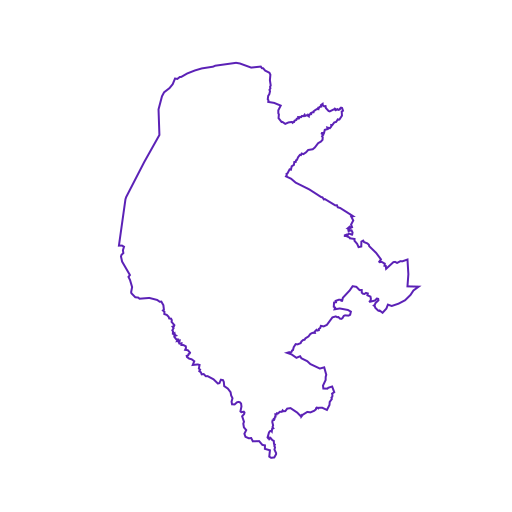 the district of Xuan Loc, Đồng Nai, Vietnam, rotated 208°
{"feature_id": "81297802B96051805348654", "entity_name": "Xuan Loc", "entity_type": "district", "adm_level": 2, "iso_a3": "VNM", "parent_name": "Vietnam", "parent_adm1": "Đồng Nai", "projection": "robinson", "projection_center": [107.38, 10.927], "detail": "fine", "context": "isolated", "style": "outline", "palette": "violet", "viewbox_px": 512, "rotation_deg": 208, "n_neighbors": 0, "source": "geoboundaries", "source_scale": "gbopen_adm2", "svg_char_len": 6143}
<svg xmlns="http://www.w3.org/2000/svg" viewBox="0 0 512 512"><g transform="rotate(208 256 256)"><path d="M249.5,427.1L250.6,426.9L251.1,425.5L250.8,424.9L251.6,423.8L253.0,423.9L253.3,423.0L255.1,423.1L254.7,422.2L255.9,422.3L258.8,418.3L260.0,418.1L263.7,419.4L265.0,421.0L266.0,420.2L267.7,420.3L268.6,421.6L269.5,419.7L268.6,418.5L269.7,417.7L269.9,416.3L270.6,416.2L270.7,415.3L270.1,414.8L271.3,414.2L272.3,412.4L273.1,410.6L272.7,409.9L273.9,409.0L274.5,408.0L274.2,407.5L274.8,407.5L275.0,405.0L275.7,405.1L275.1,404.1L277.1,404.3L278.4,402.7L279.4,403.5L279.7,401.8L281.2,401.2L281.3,399.9L282.3,399.6L282.6,398.2L283.3,398.8L284.0,398.5L283.3,397.2L284.5,396.3L284.3,395.0L285.5,393.6L285.3,392.2L286.1,391.7L286.2,390.8L287.4,391.1L290.0,389.2L292.2,386.4L295.6,386.8L296.3,386.3L300.8,388.3L302.3,391.8L303.3,392.5L304.7,395.1L304.8,400.4L311.9,399.7L317.5,397.8L318.1,399.3L319.2,399.9L320.4,403.1L320.2,405.1L321.0,408.1L322.1,409.0L322.0,410.8L323.0,411.9L323.1,413.5L326.3,417.8L328.4,422.8L330.2,424.1L335.0,424.0L337.8,425.1L339.0,424.6L340.7,425.5L348.7,420.1L360.7,418.4L364.3,417.2L381.3,404.9L382.8,403.0L391.9,396.2L397.0,391.2L402.4,384.9L406.1,379.0L407.3,378.3L408.6,375.4L410.8,374.7L410.2,368.6L411.2,363.6L414.0,357.4L414.0,352.9L410.9,339.7L398.1,317.5L398.8,286.6L398.3,247.1L397.9,244.8L381.9,200.8L379.2,202.3L376.9,202.2L376.2,198.6L374.5,196.3L375.3,193.9L375.0,192.2L371.6,188.2L358.4,180.0L358.8,177.7L356.0,175.7L350.8,170.4L349.3,165.5L348.5,164.6L343.2,162.9L340.4,164.0L338.8,163.6L330.5,168.9L322.6,170.8L319.5,170.4L318.2,171.3L314.7,169.1L312.2,165.5L312.6,164.2L310.7,163.8L309.7,161.7L307.1,162.1L304.6,161.3L303.3,160.1L301.6,160.8L300.2,159.8L299.6,158.2L295.6,156.6L295.5,155.6L296.5,154.5L294.9,153.7L295.0,151.1L293.9,150.5L292.9,148.3L292.3,148.4L291.7,149.6L290.7,148.4L289.4,148.2L290.6,147.0L290.2,146.3L287.3,145.0L285.9,145.6L285.8,143.9L283.8,145.7L283.5,145.1L284.1,143.8L282.5,142.7L280.8,144.0L280.1,142.4L278.2,143.3L275.6,143.3L274.6,141.8L274.5,139.9L272.0,140.8L268.9,139.7L268.8,138.8L269.5,137.7L269.2,136.5L270.3,135.3L269.5,134.4L266.8,134.0L264.4,134.6L261.1,134.1L260.7,130.1L256.5,132.9L254.7,133.3L253.6,129.8L252.0,129.4L252.0,127.7L250.0,127.4L248.4,126.0L246.8,127.2L243.9,126.3L242.3,127.2L235.6,127.2L229.8,125.5L228.6,126.6L228.9,130.3L226.9,130.9L225.3,129.7L223.0,126.2L218.6,125.7L214.5,123.8L212.5,121.2L210.0,119.4L209.2,115.9L207.5,113.8L205.2,114.9L204.1,117.9L203.0,118.9L201.6,119.3L199.9,118.7L198.2,116.3L196.8,111.5L195.6,111.2L193.7,112.8L192.7,112.4L192.3,110.9L193.0,108.0L188.8,104.0L188.5,102.0L186.2,99.0L182.9,97.7L182.8,93.6L180.4,91.4L176.7,91.7L174.8,93.0L171.8,90.9L166.3,94.0L161.7,92.2L159.2,93.0L157.6,89.9L152.5,91.0L150.1,85.1L147.9,84.9L145.3,86.7L145.2,90.4L145.7,91.4L148.8,93.7L149.4,96.0L150.7,96.9L150.8,98.3L151.9,98.5L153.5,101.1L155.1,101.1L157.8,102.2L158.3,100.6L159.8,101.9L159.9,100.9L160.6,101.2L161.7,106.4L161.3,108.1L160.4,108.8L159.7,108.5L160.6,110.9L159.8,112.0L161.1,112.7L161.4,114.5L163.7,117.1L164.2,118.7L163.2,119.6L163.8,120.5L163.2,120.9L163.7,122.7L163.3,123.3L164.6,125.4L163.4,125.9L163.7,127.0L162.5,127.5L161.9,129.6L160.1,130.5L160.0,132.2L158.9,131.8L157.3,132.8L156.8,135.9L154.1,137.9L146.1,137.1L141.4,135.6L141.3,136.1L140.6,135.3L140.2,137.8L137.5,142.4L134.5,143.5L132.0,146.6L131.1,148.7L131.5,149.8L131.1,150.8L129.5,150.7L129.4,151.4L126.4,153.1L121.1,153.4L121.2,159.0L122.4,161.7L121.9,165.3L122.9,166.4L122.6,167.6L123.2,169.1L124.2,170.2L123.0,172.5L127.5,176.5L130.3,173.6L130.7,172.4L134.3,170.6L136.0,173.0L136.3,179.2L137.7,181.9L138.2,184.1L143.5,189.7L146.8,186.6L157.3,186.1L161.3,187.2L167.9,187.0L170.0,188.2L172.5,185.1L178.4,185.8L183.1,185.1L181.5,186.7L180.4,186.8L179.6,188.2L179.8,189.5L179.2,190.3L179.9,193.2L179.6,196.8L177.8,197.5L175.7,200.0L175.8,201.8L174.9,204.1L173.8,204.8L173.7,206.5L171.9,209.6L171.4,212.7L170.1,214.6L167.9,215.8L168.7,216.6L167.9,219.2L166.9,218.9L165.7,220.0L166.3,221.1L165.5,222.6L165.9,224.8L163.2,225.6L161.1,228.4L159.7,237.7L157.2,240.1L155.5,240.1L154.6,240.8L152.5,240.1L151.1,240.6L150.5,241.7L150.4,244.3L149.5,245.4L146.3,246.8L145.3,248.3L146.1,251.4L149.5,251.5L157.4,249.0L161.6,245.8L161.9,247.6L163.5,247.7L165.0,251.0L165.2,251.6L163.7,252.7L164.6,253.8L162.2,256.4L160.5,257.1L159.6,256.5L158.9,256.9L159.7,259.9L157.1,269.6L156.5,274.7L152.9,275.9L148.5,274.5L146.7,275.6L145.4,273.3L143.9,272.9L142.4,273.4L141.6,275.0L139.7,275.4L139.2,273.6L135.9,273.9L134.5,272.2L133.9,270.6L134.3,269.3L133.9,269.1L130.1,272.5L129.3,275.2L128.0,275.5L127.1,274.3L128.4,270.5L128.2,268.6L128.7,267.6L127.5,267.4L126.4,266.3L122.7,265.2L121.4,265.3L121.2,265.9L117.6,265.3L116.2,270.8L116.7,275.0L112.7,275.6L107.8,280.8L103.6,286.9L101.3,294.2L100.8,299.5L98.0,305.3L108.0,300.3L112.9,311.4L120.6,324.0L124.3,320.0L126.1,319.2L128.2,316.1L130.4,316.1L131.8,315.1L135.1,305.8L136.8,308.2L138.0,307.7L138.7,309.7L142.4,309.8L143.9,308.6L144.5,308.8L144.1,311.7L151.3,315.1L160.6,317.8L161.6,318.9L163.6,319.4L167.1,319.0L168.6,319.9L169.7,318.2L167.5,313.8L169.6,312.0L172.4,314.2L176.2,315.7L177.0,317.3L181.4,315.7L182.0,316.2L185.7,316.0L187.0,315.4L187.3,316.0L185.9,317.6L184.8,317.8L184.7,319.4L181.2,319.9L181.2,320.3L181.8,322.1L183.7,323.5L185.7,321.8L185.9,323.1L186.9,322.6L187.2,324.0L187.9,323.7L187.1,325.8L185.7,325.2L184.7,326.5L186.8,328.4L186.8,333.0L190.4,335.5L188.9,336.7L204.2,337.9L206.7,337.4L208.4,338.8L209.7,337.9L221.9,338.6L222.6,337.8L224.9,339.0L226.1,338.6L240.2,339.8L255.4,339.4L261.3,340.7L266.9,340.4L266.8,341.8L267.6,342.8L267.0,343.7L267.0,348.3L265.7,348.6L266.6,352.0L265.3,354.2L266.3,357.0L265.1,357.7L265.6,359.2L265.0,360.0L265.2,363.1L264.7,365.9L263.7,366.2L263.8,367.9L262.0,368.2L260.5,371.0L259.7,374.1L256.0,376.9L255.0,379.4L254.1,384.8L252.4,387.5L251.8,389.8L252.8,392.1L253.9,392.7L253.5,394.6L255.4,394.9L255.5,395.6L253.7,396.6L254.5,399.7L252.3,401.7L253.4,402.9L250.8,403.5L250.3,405.8L251.1,407.0L250.1,407.5L249.6,410.7L248.2,412.0L247.9,415.1L246.8,415.2L246.4,415.9L246.0,420.3L248.1,423.7L247.4,425.1L249.5,427.1Z" fill="none" stroke="#5b21b6" stroke-width="2"/></g></svg>